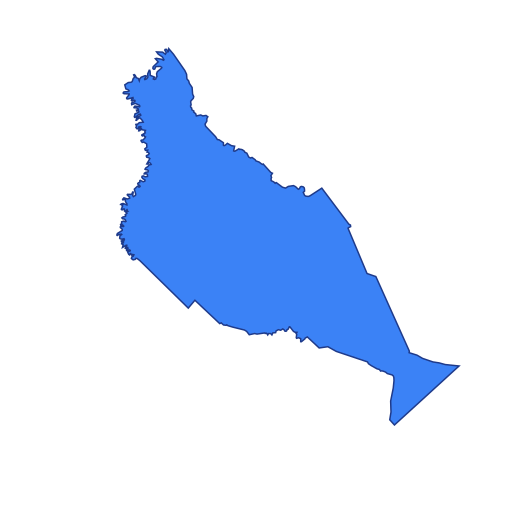 Mongkol Borei, Bântéay Méanchey, Cambodia, rotated 228°
{"feature_id": "14789045B79139506572883", "entity_name": "Mongkol Borei", "entity_type": "district", "adm_level": 2, "iso_a3": "KHM", "parent_name": "Cambodia", "parent_adm1": "Bântéay Méanchey", "projection": "natural_earth1", "projection_center": [103.095, 13.468], "detail": "fine", "context": "isolated", "style": "filled", "palette": "blue", "viewbox_px": 512, "rotation_deg": 228, "n_neighbors": 0, "source": "geoboundaries", "source_scale": "gbopen_adm2", "svg_char_len": 6146}
<svg xmlns="http://www.w3.org/2000/svg" viewBox="0 0 512 512"><g transform="rotate(228 256 256)"><path d="M468.4,329.9L466.6,327.8L466.6,327.1L469.3,327.9L470.3,326.8L470.1,326.0L467.1,325.3L466.6,323.7L470.0,323.0L474.2,318.7L471.5,318.4L466.6,319.6L463.4,318.9L463.4,318.2L465.5,317.4L469.5,314.3L470.0,313.2L465.7,313.2L465.5,306.3L464.6,305.0L463.8,304.8L463.0,305.1L462.7,305.9L463.7,308.0L463.4,308.8L460.9,311.7L459.2,312.2L458.8,311.5L459.0,306.0L457.9,304.0L455.5,302.4L455.7,301.3L454.6,300.1L455.0,298.8L456.2,298.1L456.7,298.7L456.5,299.7L457.1,300.2L461.0,298.3L463.9,300.7L465.1,301.3L465.5,300.9L463.8,297.3L461.3,295.4L460.8,293.5L461.1,292.2L461.6,291.4L462.2,291.7L462.8,294.5L463.4,294.9L464.2,294.3L465.7,290.3L465.4,288.1L464.3,286.5L466.7,287.3L468.5,286.4L471.1,287.1L472.3,286.9L472.5,286.3L470.1,285.5L470.1,283.6L468.5,280.8L468.6,279.6L470.4,277.1L471.0,273.0L467.3,271.1L464.9,272.3L463.6,272.2L463.8,271.0L466.3,267.7L466.3,266.8L465.7,266.2L464.8,266.6L461.3,270.2L460.8,269.7L460.1,265.7L459.6,265.3L458.9,265.3L458.2,266.3L456.1,270.6L455.4,270.2L455.7,268.4L455.1,267.5L454.5,267.6L453.6,269.5L452.6,270.1L452.0,269.6L452.2,268.0L453.1,266.9L452.7,265.6L451.6,264.9L450.2,268.4L446.2,270.2L445.1,270.0L444.8,269.3L448.4,266.4L448.2,264.8L447.7,264.6L446.1,266.3L444.0,266.9L443.1,266.2L444.4,264.8L443.7,264.4L443.5,265.0L441.6,265.5L441.3,265.0L442.6,261.2L440.9,258.7L440.2,258.6L439.7,259.6L439.6,263.7L438.8,265.0L437.7,264.6L438.4,259.6L437.1,257.7L436.7,258.1L437.2,259.6L436.7,260.4L437.0,261.3L435.9,262.2L432.7,262.2L430.9,261.7L433.2,258.5L433.2,256.0L434.2,255.0L434.0,254.5L432.7,254.5L431.8,252.7L430.0,252.7L429.7,253.7L430.4,255.4L429.5,256.8L429.1,256.9L428.9,254.3L427.5,252.6L427.0,253.3L427.0,254.5L427.9,255.8L427.5,256.2L426.2,255.7L423.3,257.9L422.7,256.4L421.6,256.1L422.4,252.2L422.0,251.8L421.2,251.9L420.7,253.6L419.4,253.1L418.5,253.6L418.1,252.9L417.8,249.8L418.8,248.3L418.6,247.6L416.5,247.4L415.8,248.8L412.5,249.8L409.9,247.7L410.0,245.0L408.5,244.5L407.1,246.4L406.2,244.5L405.0,245.3L403.6,245.2L403.3,243.9L403.9,241.7L403.4,241.2L402.5,240.9L400.9,242.0L399.4,242.3L397.5,236.4L396.7,237.1L397.2,238.9L395.7,239.6L394.2,239.3L395.2,237.5L394.8,235.7L395.2,233.0L394.8,231.6L393.7,232.0L392.7,233.0L391.5,233.1L390.7,232.1L392.0,230.0L392.2,228.2L391.8,227.8L390.4,229.5L389.3,229.9L387.7,228.6L388.9,226.7L391.0,225.8L391.5,224.7L391.0,223.9L389.5,223.6L386.7,224.4L386.0,223.4L386.7,221.8L389.7,220.6L389.8,220.2L388.4,218.7L389.1,217.8L389.0,216.6L388.1,216.2L386.2,216.7L385.2,216.3L385.4,215.1L386.9,215.0L387.2,214.5L387.1,210.3L382.4,208.0L381.7,207.0L382.2,204.6L383.6,205.0L385.6,207.5L386.1,207.1L385.2,205.4L385.3,204.5L387.8,201.8L387.6,201.2L384.4,201.4L383.5,200.8L384.4,198.6L387.6,196.8L387.4,194.8L386.8,194.6L385.5,196.8L383.8,195.4L381.1,195.0L380.3,194.2L384.0,192.4L384.9,190.6L384.8,190.0L383.2,191.4L382.9,190.0L382.2,190.0L380.9,187.2L380.4,187.1L379.8,187.4L379.7,188.9L379.0,189.6L377.6,188.4L376.7,188.5L376.8,191.2L376.2,191.1L375.8,190.1L375.0,190.5L375.4,188.6L374.1,188.6L374.2,186.4L373.0,186.1L372.8,185.5L374.1,183.0L374.1,181.8L372.9,181.8L371.6,182.9L370.4,183.2L368.7,182.5L369.0,181.7L370.4,181.1L371.4,179.1L369.9,177.7L370.1,176.5L369.1,176.0L368.3,177.7L366.7,177.7L366.6,177.2L368.6,175.2L368.5,174.7L367.9,174.2L365.3,174.5L364.5,173.7L365.5,168.1L364.7,166.6L364.1,166.6L363.7,168.5L362.4,170.6L361.8,170.6L362.1,168.5L360.5,166.6L359.6,166.6L358.2,167.6L357.2,169.5L356.5,169.4L355.9,168.4L356.8,167.7L357.3,165.9L356.6,165.6L355.5,167.3L354.5,166.3L355.3,165.1L355.0,164.3L353.2,164.8L351.7,162.5L350.9,166.8L350.4,167.2L349.8,166.4L349.7,164.9L349.3,164.0L348.3,164.4L348.6,165.7L348.1,166.4L347.1,165.8L347.0,164.9L347.7,164.5L346.7,163.5L345.9,164.2L345.2,166.1L344.3,166.3L344.0,165.9L344.9,163.3L342.4,162.5L341.3,162.8L341.9,164.0L341.7,164.6L339.7,164.2L339.7,165.4L338.6,166.1L338.0,164.7L338.5,163.6L337.7,161.8L337.3,161.7L335.3,162.1L334.3,164.0L334.6,165.2L333.7,166.0L330.3,166.6L262.6,170.8L264.0,181.0L230.0,183.8L229.6,185.4L226.5,185.7L224.4,187.5L224.4,188.2L223.0,188.5L218.6,191.2L208.7,197.9L206.2,198.6L202.0,198.3L199.3,203.1L197.3,204.5L192.9,211.1L192.3,211.0L191.5,212.2L189.5,211.9L190.0,213.4L188.6,215.0L186.7,215.0L187.6,217.1L185.9,219.3L186.9,220.8L186.3,223.3L184.3,224.7L183.9,227.1L182.4,227.5L180.8,227.2L180.0,227.9L179.9,228.8L180.5,229.7L180.1,230.9L181.1,233.4L180.6,233.8L174.9,233.4L173.2,234.0L171.9,235.3L171.6,233.9L170.6,233.9L168.4,231.3L167.7,231.1L166.7,233.0L164.7,233.9L162.4,231.9L161.9,232.4L161.7,236.9L162.1,237.6L161.5,240.0L145.4,241.4L140.5,248.7L131.4,251.8L102.7,268.0L100.7,267.5L97.4,268.3L91.2,270.4L89.1,271.8L87.1,271.6L86.6,272.5L85.4,273.4L83.1,274.6L80.8,274.9L76.5,277.6L75.0,277.8L73.4,277.1L71.0,275.1L66.0,269.6L58.1,259.0L49.7,251.9L44.8,245.8L37.8,245.8L38.4,333.3L48.7,324.0L54.0,320.6L58.9,316.6L68.4,311.3L74.6,309.3L81.7,305.1L82.7,306.3L160.5,331.3L168.7,326.8L214.9,342.9L215.2,343.3L214.5,346.0L215.8,346.9L217.6,346.3L262.4,350.3L264.5,337.0L265.0,335.1L265.9,334.1L267.4,332.9L268.6,332.7L271.7,333.7L271.7,335.5L273.4,336.9L274.6,337.5L276.0,337.3L277.4,336.2L277.7,335.2L277.0,333.3L277.3,332.1L281.0,331.8L283.2,331.0L286.1,326.6L286.7,323.4L289.4,321.7L296.5,320.3L297.1,320.1L297.2,318.9L299.1,318.8L301.9,317.7L303.6,319.2L303.9,320.1L305.7,320.8L306.5,323.6L308.2,322.9L319.5,322.9L319.5,322.3L320.8,321.7L323.7,321.2L326.7,319.6L328.1,319.8L331.9,319.0L332.5,317.5L334.4,316.8L338.5,318.0L340.7,317.1L341.6,317.5L344.0,317.0L345.5,316.1L346.3,315.0L347.1,315.0L347.9,310.8L348.4,310.0L349.1,309.7L351.9,313.6L354.4,311.6L358.9,310.1L358.9,307.4L359.4,306.1L360.1,305.9L362.0,307.6L367.1,306.3L368.4,305.2L371.7,305.8L386.2,305.4L388.1,306.4L389.1,309.7L391.0,311.4L391.7,313.4L393.9,312.9L395.7,310.2L397.8,309.3L400.0,305.4L402.1,306.4L404.7,306.0L405.2,306.8L407.6,306.2L409.0,307.2L410.3,307.1L411.4,307.8L411.7,308.9L414.3,310.6L414.8,311.5L415.1,314.8L416.1,316.4L418.7,317.2L424.0,321.3L428.9,322.0L431.1,323.1L433.9,323.2L437.5,326.0L441.4,327.2L461.1,329.7L468.4,329.9Z" fill="#3b82f6" stroke="#1e3a8a" stroke-width="1.5"/></g></svg>